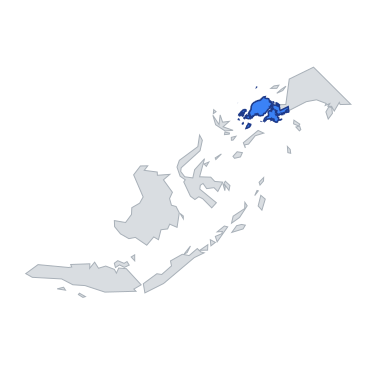 where Papua Barat sits in Indonesia, rotated 314°
{"feature_id": "IDN-1933", "entity_name": "Papua Barat", "entity_type": "Province", "adm_level": 1, "iso_a3": "IDN", "parent_name": "Indonesia", "parent_adm1": "", "projection": "orthographic", "projection_center": [132.375, -1.612], "detail": "fine", "context": "in_parent", "style": "filled", "palette": "blue", "viewbox_px": 384, "rotation_deg": 314, "n_neighbors": 0, "source": "natural_earth", "source_scale": "10m", "svg_char_len": 9685}
<svg xmlns="http://www.w3.org/2000/svg" viewBox="0 0 384 384"><g transform="rotate(314 192 192)"><path d="M117.5,156.0L123.9,165.4L133.8,164.1L138.9,159.6L147.6,162.1L154.5,160.3L163.8,138.1L174.9,136.8L180.1,142.0L174.4,142.6L182.2,153.1L180.0,155.5L189.3,163.8L180.9,163.0L178.2,178.1L171.7,180.4L168.2,186.4L170.5,190.6L168.2,197.3L156.2,205.8L153.4,198.3L148.5,200.1L143.3,195.9L134.4,201.0L133.1,195.7L122.3,196.4L120.0,182.8L114.6,179.0L112.2,169.6L113.3,160.4L117.5,156.0ZM17.8,129.1L32.8,131.7L52.0,155.7L54.5,157.6L55.6,155.1L69.4,168.4L66.0,171.4L73.9,170.7L72.2,177.7L78.8,181.4L82.4,189.9L81.1,194.0L86.4,192.1L91.2,198.0L89.9,219.9L81.8,217.6L81.7,220.7L59.5,198.9L50.4,180.1L42.5,170.7L38.9,158.6L19.7,136.4L17.8,129.1ZM366.2,192.7L365.4,245.3L357.8,237.8L358.8,235.7L349.0,238.1L350.6,232.9L348.0,230.2L348.9,229.8L350.5,230.0L351.4,229.7L346.8,227.7L348.9,227.0L344.8,217.5L336.4,211.5L309.8,202.4L308.7,196.2L305.1,203.0L301.2,204.3L299.9,198.1L293.6,194.0L307.6,192.7L309.4,188.5L296.3,189.6L293.2,184.1L285.7,183.0L287.8,178.4L297.0,174.3L309.8,177.5L311.6,190.2L320.1,198.7L340.8,183.5L366.2,192.7ZM236.4,163.5L227.3,169.1L201.9,167.4L198.9,169.6L197.9,176.2L202.7,182.8L209.9,178.4L224.7,177.9L208.2,186.9L215.7,195.2L215.4,201.0L220.4,207.2L210.3,210.2L210.4,204.8L204.6,200.2L205.8,194.0L202.6,193.3L199.5,195.6L201.2,217.0L194.3,217.2L194.6,204.4L193.3,200.2L188.6,199.3L187.9,193.8L193.5,179.1L196.1,178.7L195.1,172.5L199.5,163.9L206.0,160.9L228.7,164.7L238.2,157.9L236.4,163.5ZM92.2,220.7L108.8,223.5L111.6,227.5L124.6,228.6L127.5,224.4L140.5,228.3L144.3,234.1L155.0,235.1L155.0,240.0L156.7,243.0L146.4,239.2L106.4,235.1L86.7,228.2L92.2,220.7ZM259.3,164.6L267.0,158.7L263.5,165.5L268.7,169.7L260.5,169.1L264.9,178.7L258.9,173.4L256.8,162.3L261.7,153.7L259.3,164.6ZM263.1,194.7L282.2,196.8L284.2,202.7L276.4,198.4L265.7,199.4L262.5,197.1L260.7,199.8L263.1,194.7ZM220.4,241.3L206.7,243.9L197.0,242.1L203.2,238.4L216.7,241.4L221.3,237.2L220.4,241.3ZM180.8,237.8L190.0,238.9L191.7,241.9L173.6,244.7L176.3,239.6L182.7,242.4L184.7,241.3L180.8,237.8ZM237.4,243.8L237.8,249.6L227.5,254.9L227.9,249.3L237.4,243.8ZM91.0,186.3L93.5,192.7L96.8,193.6L95.8,197.6L90.8,195.7L89.2,190.5L84.5,189.4L86.8,185.6L91.0,186.3ZM346.1,238.4L339.1,239.3L342.6,232.7L348.1,231.3L349.8,233.8L346.1,238.4ZM198.8,247.5L203.1,250.2L205.2,253.4L200.9,254.4L190.6,248.7L198.8,247.5ZM252.3,196.5L255.3,200.9L250.9,202.5L245.8,199.2L246.1,196.7L252.3,196.5ZM155.5,238.1L165.1,240.0L161.0,243.6L155.5,238.1ZM170.4,238.3L172.0,243.8L166.4,243.0L170.4,238.3ZM107.0,194.4L102.7,198.6L103.0,193.4L107.0,194.4ZM314.5,215.4L315.7,222.4L313.5,222.7L311.6,217.7L314.5,215.4ZM152.1,228.4L145.0,230.6L141.9,229.4L152.1,228.4ZM222.9,208.5L223.0,214.8L218.8,217.5L220.3,209.0L222.9,208.5ZM28.7,162.3L34.3,165.8L33.5,169.2L28.7,162.3ZM42.7,188.0L40.4,186.7L39.3,181.5L41.0,181.3L42.7,188.0ZM288.4,236.1L286.9,233.6L291.0,229.0L290.8,233.1L288.4,236.1ZM280.5,172.0L288.5,173.8L279.5,173.1L280.5,172.0ZM232.6,185.0L239.8,186.7L231.9,186.6L232.6,185.0ZM219.6,211.6L215.8,214.7L219.1,209.0L219.6,211.6ZM321.2,176.7L325.3,177.3L329.2,180.3L325.5,181.0L321.2,176.7ZM252.2,233.5L249.6,235.8L244.2,236.1L245.6,233.5L252.2,233.5ZM314.2,223.6L312.5,226.9L310.6,226.8L310.9,221.6L314.2,223.6ZM262.7,184.9L257.9,185.5L256.6,184.4L258.6,182.3L262.7,184.9ZM321.9,184.4L327.8,184.9L333.4,186.1L328.0,186.8L321.9,184.4ZM220.5,181.2L225.3,183.3L220.4,184.5L220.5,181.2ZM266.5,153.5L263.2,152.9L266.3,150.4L266.5,153.5ZM233.0,239.6L238.3,237.7L238.9,238.9L233.0,239.6ZM280.5,185.1L279.6,188.0L275.5,186.6L277.6,185.7L280.5,185.1ZM168.7,202.4L166.7,204.4L168.3,198.3L168.7,202.4ZM257.9,174.1L260.5,178.0L259.5,178.6L255.8,175.5L257.9,174.1Z" fill="#d9dde1" stroke="#a8b0b8" stroke-width="1"/><path d="M317.0,205.9L316.5,205.9L315.9,205.5L315.8,205.0L315.2,204.8L315.6,204.3L315.4,204.1L315.5,203.5L315.8,203.3L317.4,203.7L317.8,203.3L317.6,203.5L317.4,203.2L315.4,203.1L314.8,203.9L314.2,204.1L313.7,203.7L313.8,203.5L313.5,203.1L312.7,202.8L312.9,203.3L312.4,203.4L312.7,203.8L312.5,204.0L312.2,203.6L311.5,203.4L311.4,202.9L311.1,203.1L311.1,202.8L311.5,202.5L311.0,201.8L310.9,202.4L310.3,202.2L309.9,202.7L308.7,200.9L308.7,200.5L308.4,200.6L308.3,200.9L308.6,201.6L308.1,201.1L307.6,201.2L307.6,200.7L307.1,199.7L307.6,199.0L307.4,197.6L307.5,197.5L307.7,197.2L308.0,197.3L308.2,196.8L308.7,196.5L309.3,196.8L309.4,196.7L308.9,196.1L309.0,195.5L308.9,195.1L308.5,195.2L308.6,195.4L308.4,195.9L307.3,196.7L307.3,198.7L307.0,199.1L306.4,199.2L306.1,198.8L306.1,199.2L305.9,199.3L306.5,199.6L306.7,200.2L305.2,201.6L305.2,202.2L305.6,202.8L303.9,204.4L302.3,204.3L301.8,204.8L301.1,204.6L301.0,204.1L300.2,203.4L300.2,203.2L300.5,203.3L300.5,203.2L299.7,201.3L299.7,201.0L299.9,200.8L300.9,201.0L301.1,200.5L301.3,200.2L300.9,199.6L300.4,199.3L300.4,198.0L299.8,198.0L299.7,198.4L299.2,198.4L298.7,197.7L298.9,197.3L298.5,197.1L298.3,196.6L296.6,195.6L296.4,195.3L295.3,195.1L295.2,195.3L294.7,195.2L294.6,195.4L294.4,195.4L294.3,195.1L293.6,195.2L294.0,194.6L293.7,194.5L294.2,194.2L293.5,194.0L294.3,193.7L294.5,193.8L294.5,193.6L295.3,193.5L294.7,193.5L295.1,193.2L296.3,193.1L297.3,193.3L297.2,193.7L297.7,193.6L297.7,193.3L298.5,193.5L299.3,194.1L299.7,194.2L300.7,193.5L302.2,191.5L303.8,191.0L304.4,191.2L304.5,191.7L304.8,191.7L305.1,191.9L305.0,193.1L305.2,192.4L305.5,191.7L305.5,192.8L305.7,192.6L305.7,191.9L305.9,191.9L306.1,192.4L306.8,192.0L307.0,192.0L307.3,192.3L307.4,193.5L307.7,191.8L307.9,191.9L308.5,192.9L308.6,192.1L308.4,191.8L308.5,191.5L308.1,191.5L307.9,191.2L308.8,191.1L309.3,191.5L308.9,191.0L310.0,190.8L309.2,190.7L309.7,190.3L308.9,190.4L309.6,190.0L309.6,189.3L309.4,189.9L309.2,189.7L308.7,190.1L308.3,189.8L309.0,189.2L309.6,189.0L309.1,189.0L309.4,188.9L309.5,188.5L308.8,188.5L308.6,188.8L307.6,189.1L307.1,189.6L306.7,189.6L306.7,189.1L306.3,189.6L306.0,189.3L306.1,189.5L305.5,189.6L304.3,189.3L303.3,189.4L301.4,189.9L300.4,189.6L299.4,190.1L299.0,189.9L298.8,189.4L298.3,189.1L296.6,189.8L296.3,189.8L295.5,189.0L294.2,188.3L294.2,188.1L294.8,187.6L294.0,187.8L293.6,187.4L293.6,186.9L293.3,186.8L293.2,186.1L294.0,185.4L294.0,185.0L293.1,185.3L292.9,184.8L293.0,184.4L293.7,183.9L292.8,184.2L292.2,184.5L292.3,183.8L292.1,183.6L292.0,184.1L291.6,184.2L291.4,183.9L291.6,183.7L291.4,183.7L290.9,183.8L290.3,183.4L289.8,183.3L289.4,183.6L289.2,183.6L288.9,183.2L289.0,183.0L288.8,182.8L287.9,182.6L288.4,183.2L287.4,183.8L287.2,183.5L286.7,183.2L285.7,183.2L285.3,183.1L285.3,182.8L285.7,182.6L285.9,181.8L286.3,181.5L287.2,181.3L287.8,180.2L287.8,179.0L288.1,178.9L287.6,178.3L287.7,178.1L289.8,177.4L290.1,177.4L289.9,177.8L292.8,177.0L293.4,176.2L294.4,175.7L294.6,175.2L295.0,175.0L297.3,174.3L299.5,174.4L301.1,175.1L301.7,175.0L302.3,175.6L303.2,175.7L305.1,177.3L306.5,177.5L306.8,177.3L307.9,177.5L308.2,177.3L308.6,177.5L309.8,177.3L311.4,178.4L310.6,178.7L310.3,179.2L311.0,180.7L311.7,181.3L312.3,182.4L311.9,183.1L311.7,184.1L310.7,185.1L311.2,187.2L311.3,188.0L311.1,188.1L311.0,188.6L311.2,189.1L311.3,190.2L311.6,190.9L312.7,191.9L313.2,193.7L313.7,194.6L314.3,194.4L313.9,192.8L313.9,192.0L314.5,191.6L314.3,191.5L314.4,191.4L315.2,191.8L315.4,194.4L313.6,195.9L313.6,196.4L312.5,197.5L311.9,198.9L320.2,201.9L317.0,205.9ZM288.1,173.4L288.5,173.8L288.0,174.3L287.8,174.2L287.8,174.6L286.5,174.1L285.9,174.4L285.5,174.4L284.7,173.5L284.1,173.4L284.0,173.0L283.4,172.2L282.7,172.1L282.9,172.4L282.7,172.6L283.1,172.8L283.7,173.8L284.2,174.0L284.3,173.8L284.8,173.8L285.3,174.4L284.9,174.8L283.7,175.1L283.3,174.8L283.1,174.2L283.2,173.8L282.3,174.2L282.0,175.0L282.1,174.6L281.8,173.8L281.8,173.5L281.2,173.8L280.6,173.7L279.4,173.1L280.8,173.2L281.0,173.1L280.7,172.9L280.9,172.7L280.7,172.7L280.3,172.6L280.4,173.0L280.0,172.8L279.9,172.3L280.2,172.3L280.3,172.1L280.5,172.5L280.5,172.1L281.1,172.3L281.0,172.1L281.7,171.8L282.0,172.0L282.2,171.8L282.4,171.9L283.4,171.7L283.5,171.9L283.8,171.8L284.0,171.8L283.7,171.7L283.8,171.6L284.3,171.5L285.5,171.9L286.2,171.8L286.1,172.0L286.9,172.1L287.4,172.6L288.1,172.7L288.3,173.1L288.1,173.4ZM281.2,186.3L280.4,187.1L281.1,187.5L280.6,187.8L280.4,187.6L280.4,187.2L279.7,188.0L278.6,188.2L278.3,187.9L276.6,187.5L275.3,186.7L277.9,185.6L279.5,185.5L280.4,185.0L280.5,185.6L281.2,186.3ZM286.2,179.5L286.3,180.2L286.0,181.4L285.7,182.2L285.4,182.4L285.1,182.1L284.6,182.3L283.7,181.5L283.5,180.8L283.2,180.4L283.4,180.3L283.3,179.9L282.9,179.3L284.8,178.7L285.2,179.0L286.0,178.9L286.3,179.3L286.2,179.5ZM285.0,177.7L284.7,177.9L284.8,178.2L284.2,178.5L280.8,179.0L281.2,178.7L281.2,178.1L281.5,177.9L281.8,178.2L282.1,178.2L282.4,178.2L282.7,178.0L283.5,178.1L284.1,177.9L284.2,178.1L284.1,177.6L285.0,177.7ZM283.1,175.0L283.1,175.3L282.8,175.7L282.2,175.8L282.4,175.2L282.0,175.5L281.3,175.7L281.6,175.4L281.3,175.2L281.5,175.3L281.7,175.0L281.9,175.2L282.7,174.8L283.1,175.0ZM306.4,205.7L307.0,206.3L306.2,205.8L305.6,205.8L305.0,205.5L304.6,205.2L304.5,204.7L305.6,205.5L306.4,205.7ZM277.2,180.9L277.0,181.3L277.0,181.1L276.5,181.4L276.2,181.5L276.6,181.1L275.5,181.2L276.5,180.7L277.2,180.9ZM313.1,187.7L313.4,188.0L313.2,188.7L312.9,188.9L312.7,188.3L313.1,187.7ZM311.9,185.5L312.0,186.0L311.7,186.2L311.8,186.4L311.4,187.2L311.4,186.3L311.9,185.5ZM306.7,191.4L306.8,191.6L306.5,191.8L305.9,191.1L306.7,191.4ZM314.6,190.0L314.7,191.3L314.4,191.3L314.2,190.9L314.5,190.5L314.6,190.0ZM276.8,174.8L276.9,175.0L276.7,175.5L276.4,175.0L276.8,174.8ZM299.5,199.4L299.5,200.0L299.2,199.4L298.8,199.2L299.2,199.1L299.5,199.4ZM290.3,192.9L290.9,192.6L291.0,192.6L290.3,192.9ZM312.5,165.5L312.8,165.3L312.6,165.5L312.5,165.5ZM287.8,162.9L287.8,163.0L287.8,162.9Z" fill="#3b82f6" stroke="#1e3a8a" stroke-width="1.5"/></g></svg>